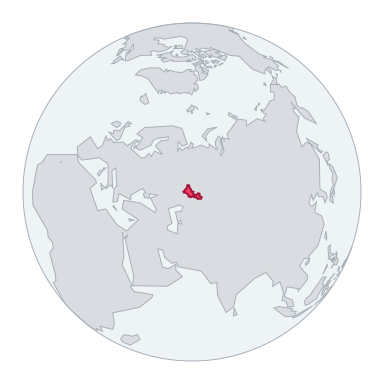 Orenburg on an orthographic globe, rotated 14°
{"feature_id": "RUS-2391", "entity_name": "Orenburg", "entity_type": "Region", "adm_level": 1, "iso_a3": "RUS", "parent_name": "Russia", "parent_adm1": "", "projection": "orthographic", "projection_center": [55.668, 52.426], "detail": "fine", "context": "on_globe", "style": "filled", "palette": "rose", "viewbox_px": 384, "rotation_deg": 14, "n_neighbors": 0, "source": "natural_earth", "source_scale": "10m", "svg_char_len": 14153}
<svg xmlns="http://www.w3.org/2000/svg" viewBox="0 0 384 384"><g transform="rotate(14 192 192)"><circle cx="192" cy="192" r="169" fill="#eef3f6" stroke="#a8b0b8"/><path d="M187.7,23.1L192.1,23.2L192.7,25.9L188.5,25.4L189.1,26.4L194.4,27.3L197.8,27.7L207.1,34.8L223.8,41.9L231.8,42.6L228.0,44.0L245.0,44.6L255.8,48.9L241.9,45.1L239.1,45.6L245.6,48.9L244.2,50.1L246.6,52.6L244.3,53.9L236.4,52.0L234.8,52.9L239.5,55.2L240.2,58.3L233.5,54.7L234.0,59.8L220.8,58.2L204.8,48.8L195.7,50.3L174.7,47.3L174.9,49.2L167.0,49.8L164.3,52.4L161.2,51.4L161.7,54.4L165.1,54.8L166.5,56.3L165.2,58.0L161.0,56.9L161.0,55.9L159.1,56.5L157.5,55.3L157.6,56.9L152.6,55.6L155.6,59.4L150.0,60.5L147.2,59.0L150.1,55.8L150.8,45.6L148.9,43.7L143.3,43.8L127.3,50.6L124.1,50.1L117.9,51.8L118.5,53.4L123.5,52.7L123.0,56.4L129.2,55.5L129.9,57.0L135.3,57.7L131.7,61.2L125.2,64.4L120.6,64.2L117.6,65.7L119.8,69.1L108.9,72.0L97.9,80.2L95.4,80.7L94.6,75.7L100.4,67.3L99.4,62.0L97.2,69.3L90.9,71.1L88.7,73.1L87.4,75.4L88.6,76.3L85.9,77.9L87.1,71.0L89.6,69.4L89.2,71.5L91.8,67.8L92.6,63.7L89.4,65.2L93.9,58.4L91.7,59.5L91.4,58.9L94.7,57.4L88.9,60.1L93.7,54.7L90.8,56.7L101.5,49.3L112.8,42.8L124.5,37.1L136.6,32.4L149.1,28.6L161.8,25.8L174.7,23.9L187.7,23.1ZM199.5,27.7L194.7,27.2L190.4,26.1L194.6,26.3L199.5,27.7ZM207.4,30.8L204.8,30.7L204.4,29.1L206.0,29.6L207.4,30.8ZM237.9,43.0L234.2,41.5L238.3,42.5L237.9,43.0ZM247.3,52.7L248.8,52.8L249.4,54.0L247.3,52.7ZM137.0,55.8L136.1,56.7L135.6,56.1L137.0,55.8ZM140.1,55.3L140.0,53.9L141.4,53.4L141.4,54.3L140.1,55.3ZM246.5,57.3L246.9,59.5L245.1,56.9L246.5,57.3ZM139.8,57.1L144.0,52.9L146.6,52.2L148.8,55.0L139.8,57.1ZM246.3,60.6L247.6,66.2L251.0,66.7L242.1,68.7L244.0,63.1L241.1,59.7L244.4,61.2L246.3,60.6ZM166.7,54.3L163.1,53.9L167.3,52.7L166.7,54.3ZM169.1,53.2L180.2,48.0L185.0,49.7L180.3,50.9L187.4,52.1L184.3,55.3L179.7,55.5L177.2,53.7L177.9,56.4L169.1,53.2ZM236.9,69.1L236.1,70.3L235.5,68.7L236.9,69.1ZM167.4,56.9L169.2,55.6L173.4,56.9L170.6,59.7L170.1,58.4L167.4,56.9ZM190.8,50.8L193.5,52.4L191.7,55.5L192.5,56.6L184.6,55.6L190.8,50.8ZM168.5,58.9L169.0,61.1L165.9,62.1L165.9,58.2L168.5,58.9ZM175.7,56.1L177.6,56.9L175.6,57.3L175.7,56.1ZM154.9,67.1L157.0,65.4L159.3,65.8L154.9,67.1ZM169.4,61.9L170.5,61.6L171.7,61.6L171.4,63.3L169.4,61.9ZM183.9,57.9L182.6,58.9L187.0,58.4L185.9,60.9L180.8,59.9L182.5,61.3L182.2,62.1L178.5,60.4L183.9,57.9ZM174.6,65.2L167.8,65.0L163.5,68.1L161.2,67.7L168.6,62.8L174.6,65.2ZM177.2,62.5L175.1,64.0L173.4,62.7L173.7,60.8L177.2,62.5ZM186.9,63.0L190.0,59.5L191.0,59.9L186.9,63.0ZM173.7,66.3L175.3,66.3L173.6,66.7L173.7,66.3ZM183.2,64.3L184.2,62.9L185.3,63.4L183.2,64.3ZM177.9,67.6L175.7,67.5L175.8,66.2L177.9,67.6ZM180.6,66.3L181.9,67.2L177.2,65.8L180.8,65.6L180.6,66.3ZM184.1,64.9L185.1,64.7L183.5,65.4L184.1,64.9ZM178.4,72.9L172.5,71.4L172.9,68.3L178.6,70.2L178.4,72.9ZM103.8,336.1L94.4,329.6L79.5,313.8L81.4,310.8L79.3,305.1L68.7,285.5L70.9,279.6L68.5,274.2L63.4,270.6L60.9,263.9L57.9,260.9L41.0,243.5L37.2,230.8L35.5,203.0L39.4,199.7L42.4,190.7L71.4,183.5L75.1,190.9L95.1,203.2L97.2,206.4L92.1,213.0L105.0,232.9L112.4,229.3L126.7,241.8L138.0,245.5L146.7,231.8L128.3,225.3L127.8,216.5L144.7,215.2L161.2,220.9L161.5,217.7L153.3,208.0L159.3,203.4L150.7,204.1L152.5,208.2L147.2,208.9L145.2,205.3L147.4,203.7L143.1,200.6L133.6,209.4L134.4,214.4L121.7,211.1L121.9,219.3L117.6,221.0L115.7,207.8L117.6,204.2L112.3,187.1L109.1,190.6L114.0,207.1L111.4,204.6L107.2,210.0L108.4,203.9L104.0,185.5L94.0,181.1L77.3,187.7L72.3,184.0L69.9,176.2L80.0,163.0L90.0,172.8L93.7,168.7L95.1,158.5L98.1,162.5L99.9,159.7L104.0,163.0L113.2,160.3L117.9,162.9L124.8,155.0L128.1,155.4L123.1,159.8L122.1,164.5L134.2,171.2L137.5,170.5L141.0,164.9L143.9,167.7L145.7,161.5L154.3,162.6L145.4,156.2L149.2,150.0L156.2,147.2L155.8,144.2L144.6,148.8L141.5,151.8L141.4,156.1L131.7,163.9L126.8,163.1L131.0,151.1L124.5,148.9L130.6,140.9L157.3,132.4L166.8,132.8L175.7,146.5L171.6,149.9L166.4,146.5L168.2,155.4L169.5,151.9L171.9,154.3L176.2,149.5L178.1,151.0L178.9,143.9L181.8,145.3L181.2,149.7L189.9,144.2L196.7,145.7L197.7,143.8L197.0,141.2L206.0,145.1L206.4,143.5L203.6,141.6L202.5,137.3L204.2,131.3L207.2,133.0L207.0,135.3L211.2,143.1L210.3,149.4L211.7,149.6L213.2,144.4L208.1,135.0L208.2,130.9L211.3,135.0L210.2,133.2L211.2,131.7L215.1,131.9L212.0,127.3L219.0,110.2L227.2,109.2L229.1,114.5L237.3,105.3L245.9,105.7L243.2,103.8L245.4,98.6L242.7,98.4L241.6,97.1L245.9,84.5L249.2,83.1L248.1,76.3L246.8,75.4L244.2,76.0L242.1,68.7L251.0,66.7L253.6,68.7L257.4,66.4L262.8,71.5L269.0,74.8L272.7,82.3L277.3,84.6L278.3,83.4L285.3,85.9L296.3,95.7L283.1,92.8L265.7,80.7L272.5,85.9L269.7,86.3L271.3,89.2L276.2,93.0L277.5,92.4L278.8,107.8L287.9,122.0L290.4,116.3L295.2,116.7L307.7,129.5L315.4,158.2L321.9,160.2L324.5,164.0L323.7,170.1L319.9,164.7L316.2,166.1L314.1,162.3L311.5,170.7L308.6,165.7L308.0,175.0L311.8,177.2L315.2,171.4L316.0,182.1L323.6,183.8L328.0,191.2L327.2,213.4L321.0,225.7L321.4,228.6L317.1,229.0L314.2,237.8L324.4,245.2L325.1,249.1L319.0,262.6L318.4,260.1L307.1,261.1L306.9,271.2L315.6,272.5L318.6,278.3L312.8,280.4L309.5,275.4L305.5,275.6L305.1,267.4L299.1,258.0L293.1,264.2L292.3,259.1L283.0,252.3L273.7,260.7L259.8,280.8L260.1,293.6L254.3,300.8L241.8,286.1L237.9,273.8L232.3,276.3L220.3,266.6L196.6,267.8L194.2,264.1L189.5,265.9L181.2,261.9L177.9,255.5L172.4,255.5L181.6,272.1L187.5,272.1L193.8,266.1L195.2,271.8L203.3,276.5L190.9,289.4L157.2,297.2L155.6,287.2L138.5,253.8L139.9,250.7L139.9,250.3L139.8,249.5L136.5,254.4L134.2,247.4L141.5,270.9L142.0,279.7L156.7,297.7L154.9,298.8L160.1,302.6L178.9,301.1L178.6,304.2L168.8,316.7L144.3,328.4L148.5,338.2L148.4,344.5L135.3,344.6L138.7,348.8L132.3,347.7L133.4,349.2L129.5,348.6L122.6,346.0L103.8,336.1ZM58.6,193.1L57.1,195.5L58.6,193.1ZM176.9,234.6L187.9,236.3L185.9,225.7L189.9,225.6L187.7,222.2L185.7,225.0L180.8,215.5L186.5,213.0L186.7,208.3L183.0,207.6L173.2,213.8L180.1,227.2L176.4,231.0L176.9,234.6ZM90.9,71.5L90.7,72.1L88.9,74.5L88.8,73.5L90.9,71.5ZM86.5,85.3L82.2,87.5L85.2,85.1L84.2,83.9L89.4,77.5L94.4,80.7L91.2,80.3L86.5,85.3ZM97.7,70.3L93.9,73.7L97.9,69.8L97.7,70.3ZM105.8,141.9L106.0,145.3L102.8,147.6L96.9,145.1L101.5,141.7L105.8,141.9ZM107.2,149.7L113.0,138.9L116.9,140.3L113.7,141.3L115.7,143.3L111.1,145.4L109.3,157.7L106.3,160.6L96.9,153.9L101.6,154.4L101.1,150.9L107.2,149.7ZM120.7,111.7L123.3,107.8L128.5,115.7L125.5,118.5L119.4,115.9L119.3,111.2L120.7,111.7ZM143.0,63.2L143.6,61.8L144.8,62.0L145.2,63.4L143.0,63.2ZM155.7,66.3L141.4,70.0L141.4,68.5L133.1,72.9L129.9,70.7L135.4,67.8L126.7,69.6L130.4,66.1L124.5,67.9L137.1,61.7L140.0,58.8L137.9,62.8L140.8,64.9L142.9,65.0L151.2,63.2L159.0,58.5L163.1,60.1L163.9,62.5L162.7,63.8L160.4,62.3L160.4,65.2L156.1,64.1L155.7,66.3ZM171.2,93.8L169.1,90.7L168.3,97.8L164.1,96.1L164.2,97.1L160.1,97.5L155.4,99.9L153.9,98.5L152.7,100.0L149.9,100.5L147.8,102.2L144.3,100.5L141.4,102.5L141.4,100.6L137.4,104.4L138.8,100.8L135.4,101.3L135.8,104.6L122.1,93.0L115.3,91.4L108.8,92.2L112.1,86.3L120.3,82.0L130.3,79.6L136.4,82.1L136.8,79.2L139.9,79.6L138.3,81.8L142.5,78.8L144.6,79.7L153.5,78.5L158.3,73.9L161.7,73.5L160.8,75.8L164.8,73.8L165.5,77.9L167.9,77.8L170.9,81.8L167.9,86.6L170.8,86.1L173.3,89.4L171.2,93.8ZM179.1,74.1L176.4,79.9L172.8,81.9L168.9,74.0L166.7,73.5L164.1,68.9L169.4,66.1L169.7,67.7L171.1,68.6L168.9,69.1L171.8,69.4L172.2,71.6L174.6,72.4L173.1,74.0L179.1,74.1ZM101.2,205.3L103.1,207.0L106.4,208.6L103.8,212.2L101.2,205.3ZM97.9,192.8L99.9,193.5L97.8,199.0L95.8,197.4L97.9,192.8ZM102.7,189.4L100.1,193.1L100.4,190.2L102.7,189.4ZM125.1,160.3L127.4,160.8L126.9,162.3L124.9,163.7L125.1,160.3ZM168.0,115.6L167.3,113.2L168.5,112.8L170.5,107.6L173.8,108.6L173.8,112.1L168.0,115.6ZM142.6,233.4L138.3,235.3L137.1,233.3L138.8,233.0L142.6,233.4ZM119.4,224.1L123.8,228.4L118.6,225.0L119.4,224.1ZM171.9,115.8L172.3,113.5L173.7,115.4L171.9,115.8ZM176.3,109.1L178.2,110.9L174.4,108.1L176.3,109.1ZM177.2,347.7L169.2,355.5L161.1,354.4L158.3,351.9L160.4,346.9L169.3,346.3L173.4,343.6L177.2,347.7ZM340.8,268.4L342.9,265.4L342.7,265.9L340.8,268.4ZM338.8,270.5L341.4,266.7L338.0,272.1L338.8,270.5ZM342.4,265.3L345.1,260.3L346.2,257.8L345.9,259.0L342.4,265.3ZM336.8,273.2L325.0,286.5L319.9,290.3L321.5,287.5L329.7,279.7L336.8,273.2ZM321.0,287.9L312.8,290.4L299.3,284.8L304.2,282.0L317.9,281.1L317.1,283.3L322.1,282.7L321.0,287.9ZM339.6,259.8L338.7,265.0L332.5,272.2L329.5,274.8L327.4,271.3L328.6,267.1L331.2,264.5L339.3,243.1L342.6,241.7L340.5,249.7L343.0,250.5L339.6,259.8ZM261.0,294.5L265.5,300.0L262.2,302.3L261.0,294.5ZM341.3,230.8L338.9,240.2L340.7,229.6L341.3,230.8ZM341.6,222.1L342.4,224.3L340.5,223.8L341.6,222.1ZM322.6,232.4L319.9,235.7L319.2,233.9L322.2,228.6L322.6,232.4ZM331.4,197.6L333.8,203.3L334.1,205.8L331.7,203.8L331.4,197.6ZM200.7,123.0L194.2,129.0L191.8,134.4L193.8,138.9L188.2,135.2L192.0,126.9L200.7,123.0ZM216.5,111.5L214.6,107.8L217.2,107.9L218.0,108.8L216.5,111.5ZM214.1,110.3L208.5,108.7L208.6,105.7L213.0,107.5L214.1,110.3ZM190.0,111.9L187.9,113.5L186.8,111.9L190.0,111.9ZM344.1,265.6L345.9,261.7L346.4,260.6L344.1,265.6ZM345.9,260.1L349.3,251.8L350.7,248.7L345.9,260.1ZM358.6,220.0L358.7,219.6L356.4,228.7L356.0,228.7L357.2,223.7L355.1,228.7L357.4,220.5L358.0,221.7L359.1,214.2L360.2,207.6L360.4,206.1L358.6,220.0ZM356.6,229.7L356.9,228.4L356.4,230.8L356.6,229.7ZM351.8,240.4L351.6,241.9L350.8,242.7L351.8,240.4ZM352.9,237.4L355.0,233.1L352.6,238.9L352.9,237.4ZM344.5,249.2L345.4,250.5L348.3,244.0L346.1,250.2L347.6,251.5L346.7,254.3L345.3,252.6L344.1,258.8L342.8,260.7L342.5,257.6L344.1,250.1L345.4,245.8L350.3,236.2L344.5,249.2ZM353.1,234.0L352.4,232.2L352.8,228.9L353.6,229.1L353.1,234.0ZM349.7,228.2L347.1,227.8L345.4,232.6L348.2,220.2L350.4,222.6L349.7,228.2ZM346.5,222.3L345.0,226.8L346.1,220.3L346.5,222.3ZM344.2,226.2L343.3,223.6L344.9,221.6L344.2,226.2ZM347.4,220.8L346.5,215.3L347.9,217.0L347.4,220.8ZM340.8,218.0L345.4,217.7L340.6,222.4L337.3,212.9L339.0,209.8L340.8,218.0ZM330.7,161.0L328.5,158.8L329.2,155.4L330.6,157.9L330.7,161.0ZM329.6,143.0L328.7,153.8L327.7,162.7L329.5,162.2L331.9,168.6L327.6,166.8L326.1,156.9L327.4,151.0L324.8,146.1L324.0,139.7L319.7,135.3L318.4,131.4L322.7,133.8L329.6,143.0ZM317.8,133.6L310.1,124.5L312.7,120.5L315.0,121.6L317.5,127.4L315.9,129.1L317.8,133.6ZM309.0,121.2L307.4,122.9L292.7,115.0L290.3,112.4L302.9,115.8L302.1,117.7L305.2,120.5L309.0,121.2ZM237.9,70.9L236.2,70.3L237.8,69.9L237.9,70.9ZM240.1,97.2L238.9,95.4L240.8,94.8L240.1,97.2ZM236.5,90.2L235.2,92.1L235.3,89.4L236.5,90.2ZM232.6,96.7L234.1,92.6L234.5,97.5L232.6,96.7Z" fill="#d9dde1" stroke="#a8b0b8" stroke-width="1"/><path d="M199.9,193.0L200.0,193.4L200.4,193.5L200.7,193.5L200.8,193.6L200.7,193.7L200.7,193.8L200.6,194.0L200.8,194.0L201.6,194.1L201.8,194.4L202.2,194.4L202.3,194.5L202.4,194.4L202.7,194.5L202.9,194.9L203.0,195.0L202.9,195.1L202.7,195.9L202.7,196.1L202.7,196.4L201.6,196.9L201.4,196.9L200.6,196.9L200.4,196.7L200.3,196.4L200.1,196.4L200.0,196.5L199.9,196.7L199.9,196.9L199.8,197.3L199.7,197.4L199.4,197.4L199.2,197.6L199.1,197.4L199.3,197.3L199.3,197.2L199.0,197.1L198.7,197.2L198.1,197.0L197.9,196.9L197.7,196.7L197.4,196.5L197.4,196.4L197.4,196.2L197.3,195.9L197.0,195.9L196.9,195.7L196.7,195.8L196.6,196.0L196.5,195.9L196.2,195.9L195.9,195.8L195.8,196.3L195.8,196.5L195.5,196.4L195.3,196.6L195.1,196.5L195.0,196.2L194.8,196.1L194.8,195.9L194.6,196.0L194.4,196.0L194.2,196.0L193.9,196.0L193.9,196.3L193.7,196.2L193.4,196.1L193.4,196.3L193.2,196.5L192.9,196.5L192.8,196.9L192.8,197.0L192.5,197.2L192.2,197.4L192.0,197.6L191.8,197.4L191.7,197.4L191.6,197.2L191.4,197.2L190.9,196.8L190.9,196.7L190.6,196.5L190.4,196.3L190.2,196.1L189.9,196.2L189.9,196.3L190.1,196.5L190.1,196.8L190.1,197.1L190.1,197.4L190.0,197.5L189.8,197.6L189.7,197.5L189.6,197.4L189.7,196.9L189.8,196.7L189.4,196.5L189.2,196.2L189.1,195.9L188.9,195.8L188.9,195.7L188.7,195.6L188.3,195.5L188.2,195.3L188.2,195.1L187.9,194.8L187.9,194.7L187.7,194.7L187.4,194.6L187.2,194.7L187.0,194.8L186.9,194.7L186.7,194.6L186.3,194.7L186.1,194.6L186.1,194.4L186.0,194.1L185.9,193.8L185.6,193.9L185.5,194.1L185.4,194.1L185.2,194.0L184.9,194.3L184.9,194.6L184.7,194.7L184.5,194.4L184.4,194.5L184.0,194.6L183.9,194.4L184.1,194.3L184.2,194.2L183.9,193.9L183.8,194.0L183.3,193.9L183.2,193.7L183.3,193.4L183.5,193.3L183.6,193.2L184.3,192.7L184.4,192.4L184.3,192.0L184.4,191.9L184.5,191.8L184.6,191.7L184.5,191.3L184.6,191.2L184.8,191.1L185.0,191.1L185.1,190.7L185.2,190.3L185.6,190.2L185.6,189.9L185.8,189.9L185.6,189.7L185.8,189.5L185.8,189.4L185.8,189.2L185.8,188.8L185.7,188.8L185.7,188.6L185.8,188.5L186.0,188.3L186.0,188.2L186.2,187.9L186.4,187.4L186.5,187.1L186.4,187.0L186.4,186.9L186.1,186.9L186.3,186.7L186.2,186.5L186.1,186.4L186.6,186.3L186.6,186.1L186.8,186.2L187.0,186.2L187.3,186.4L187.2,186.4L187.3,186.5L187.5,186.4L187.4,186.4L187.5,186.3L187.6,186.6L187.4,186.6L187.5,186.9L187.5,187.1L187.8,187.1L188.0,187.3L188.2,187.2L188.4,187.7L188.5,188.1L188.8,188.2L188.9,188.3L189.1,188.7L189.2,188.8L189.2,189.0L189.4,189.2L189.5,189.2L190.0,189.2L190.1,189.3L190.1,189.5L190.5,189.5L190.8,190.0L190.9,190.5L191.0,190.6L191.1,190.8L191.3,190.7L191.5,190.8L191.4,191.0L191.5,191.0L191.4,191.2L191.3,191.3L191.5,191.3L191.6,191.5L191.8,191.5L191.7,191.7L191.8,191.8L191.7,192.0L191.8,192.1L192.0,192.2L192.3,192.2L192.5,191.7L192.7,191.4L192.8,191.4L192.9,191.5L193.1,191.6L193.3,191.5L193.2,191.8L193.3,191.9L193.4,192.0L193.4,192.3L193.2,192.5L192.9,192.7L193.0,192.8L193.4,192.7L193.4,192.8L193.5,192.8L193.7,193.1L193.8,193.1L193.8,193.4L193.9,193.5L193.7,193.6L193.7,193.8L194.0,193.9L194.0,194.0L193.9,194.1L194.0,194.2L194.0,194.3L194.2,194.1L194.4,194.0L194.5,194.2L194.6,194.3L194.8,194.5L195.2,194.3L195.2,194.1L195.4,194.0L195.5,194.0L195.6,193.9L195.6,193.7L195.8,193.7L196.0,193.6L196.2,193.8L196.4,193.8L196.5,193.8L196.8,193.9L197.0,193.8L197.3,193.8L197.3,193.5L197.4,193.4L197.4,193.1L197.5,193.0L197.5,192.9L197.4,192.9L197.4,192.7L197.5,192.4L197.8,192.4L197.9,192.2L197.7,192.1L197.7,191.9L197.9,191.9L198.0,192.0L198.3,192.3L198.4,192.2L198.4,191.7L198.5,191.6L198.9,191.8L199.0,191.7L199.2,191.8L199.3,191.8L199.4,191.6L199.5,191.6L199.7,191.8L200.0,191.7L200.1,191.9L200.1,192.2L199.9,192.4L199.9,192.5L199.7,192.7L199.7,192.8L199.8,192.9L199.9,193.0Z" fill="#f43f5e" stroke="#9f1239" stroke-width="1.5"/></g></svg>